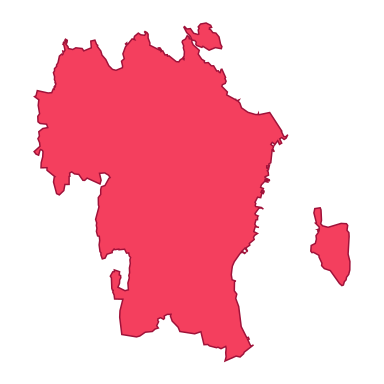 Horten nor, Vestfold, Norway (Albers equal-area conic projection)
{"feature_id": "86288312B28519776233063", "entity_name": "Horten nor", "entity_type": "district", "adm_level": 2, "iso_a3": "NOR", "parent_name": "Norway", "parent_adm1": "Vestfold", "projection": "albers", "projection_center": [10.422, 59.398], "detail": "fine", "context": "isolated", "style": "filled", "palette": "rose", "viewbox_px": 384, "rotation_deg": 0, "n_neighbors": 0, "source": "geoboundaries", "source_scale": "gbopen_adm2", "svg_char_len": 5835}
<svg xmlns="http://www.w3.org/2000/svg" viewBox="0 0 384 384"><path d="M244.2,352.2L253.5,344.9L251.1,346.2L250.1,344.8L247.7,339.5L249.1,339.1L248.3,337.3L246.8,337.8L241.2,326.6L238.7,306.5L235.7,298.4L236.8,294.1L234.3,290.8L234.5,281.3L235.9,281.1L232.1,279.8L231.3,274.8L231.9,269.4L232.4,266.1L234.3,261.7L239.7,254.0L241.0,252.4L242.4,252.8L241.2,252.1L241.7,251.4L244.5,253.5L246.2,252.2L244.6,253.0L242.0,251.2L244.9,248.2L246.9,250.9L246.7,251.9L247.4,250.9L245.9,247.9L249.8,245.2L249.3,243.5L254.2,239.5L253.5,237.2L254.6,235.4L257.5,233.5L253.8,231.6L255.2,226.7L259.0,227.4L256.4,226.7L254.8,224.2L256.0,219.8L257.5,219.7L257.6,216.7L258.2,216.0L255.5,214.8L255.0,213.5L258.9,208.2L261.3,207.9L263.4,209.1L261.4,207.5L255.6,206.5L255.2,205.3L255.8,203.5L255.0,202.3L257.6,197.2L260.7,197.7L261.9,193.0L263.2,193.6L263.7,192.6L261.0,192.2L261.7,190.4L263.7,191.3L263.9,192.2L264.1,191.1L262.6,190.4L263.4,188.5L260.6,187.4L261.4,184.8L264.7,181.4L268.7,182.3L264.8,181.1L265.0,179.9L270.1,180.8L264.7,179.7L269.8,180.0L265.0,177.7L265.1,176.7L268.5,175.2L268.2,172.0L267.3,170.8L268.4,169.9L269.2,166.4L267.3,168.4L266.7,167.9L266.7,165.9L268.8,165.9L268.9,164.0L270.8,162.7L272.1,150.1L274.3,151.7L272.8,148.9L273.6,146.5L270.8,144.4L272.2,142.4L274.7,144.0L274.1,145.6L277.7,140.7L279.5,144.4L281.7,143.1L279.7,138.8L281.7,137.6L284.1,139.5L286.1,138.2L287.8,134.7L285.9,136.7L283.8,136.5L281.4,131.5L281.8,131.1L269.7,112.5L259.2,114.7L258.5,114.6L258.4,113.5L257.9,114.6L255.4,114.5L247.9,112.3L241.5,107.8L239.9,103.2L238.1,101.2L239.0,99.9L237.0,100.7L235.6,99.8L236.0,98.7L235.5,99.7L226.7,94.9L227.4,92.0L221.8,86.3L222.4,84.7L225.2,83.4L226.1,81.2L224.9,78.4L225.6,77.5L221.9,69.2L221.1,69.4L220.2,72.6L219.4,72.5L218.3,70.8L216.7,71.0L213.6,65.8L211.3,65.8L208.3,62.6L205.0,62.9L204.2,61.9L204.5,60.9L201.7,59.2L198.2,54.1L199.3,50.3L193.2,44.9L191.9,42.1L191.8,40.0L194.9,40.6L196.2,42.2L195.8,44.2L196.8,45.5L201.9,47.4L202.9,46.3L209.1,50.2L215.4,47.6L221.3,48.7L221.9,46.6L220.6,44.3L219.0,36.9L215.9,33.1L212.8,32.6L210.5,29.5L209.4,29.3L209.5,27.8L211.6,27.4L210.7,25.3L206.1,23.0L200.6,24.0L198.2,26.9L199.1,28.2L198.2,30.0L198.8,34.1L197.9,34.5L193.6,33.2L190.4,28.6L186.9,29.0L184.6,26.6L183.9,27.2L186.7,32.6L190.3,36.2L191.7,39.2L189.2,38.7L189.2,37.3L187.2,35.7L185.5,39.0L182.6,40.7L182.1,42.1L183.7,45.9L183.3,47.8L184.4,51.6L184.1,56.1L182.8,57.9L184.1,58.3L183.9,59.6L182.4,58.5L180.2,59.8L178.8,61.9L176.2,61.6L169.1,55.9L167.5,56.1L167.3,54.7L165.0,54.9L162.7,50.8L161.1,51.5L161.3,49.7L159.9,47.8L158.6,47.9L160.6,50.6L149.8,45.2L149.9,42.9L148.1,38.0L148.1,34.2L147.0,32.6L145.0,31.5L144.6,32.0L145.7,33.8L144.6,35.3L140.8,34.8L138.3,33.1L134.5,36.3L134.0,38.2L134.8,39.7L132.1,38.9L128.1,43.9L126.8,44.8L126.7,42.9L125.5,43.9L126.6,45.4L125.4,47.0L122.9,53.9L124.3,58.7L121.5,61.2L122.6,66.0L122.4,67.7L116.0,70.3L112.5,69.4L108.8,65.7L105.8,59.5L102.0,55.1L100.8,51.0L97.4,46.5L97.7,45.3L96.6,44.5L94.9,40.1L90.8,41.1L91.3,47.8L83.8,50.9L82.1,48.5L75.8,47.8L72.8,49.5L68.4,48.5L68.0,46.7L65.8,44.0L66.9,42.8L67.3,40.3L65.5,39.2L64.9,40.2L66.1,40.5L66.2,41.5L63.7,42.1L63.4,42.8L64.2,43.0L63.0,44.3L63.9,45.1L65.0,50.1L64.2,51.6L62.8,51.1L63.2,53.7L62.6,54.7L61.7,54.1L59.4,56.1L58.0,62.7L56.5,65.1L56.7,66.3L54.5,68.6L54.5,71.0L53.4,72.6L54.6,76.8L54.4,79.6L55.2,81.3L55.0,82.8L55.8,83.2L55.7,84.7L54.3,86.7L55.1,86.9L53.9,88.4L54.1,89.3L53.2,89.1L51.7,92.7L48.1,93.0L37.3,90.6L36.0,95.8L34.5,96.6L38.8,99.8L38.2,105.4L39.6,113.8L37.8,116.3L38.0,121.8L40.1,123.5L46.6,124.2L47.8,127.6L42.8,128.5L38.8,131.7L39.4,136.1L37.9,138.7L39.6,142.7L40.0,146.3L34.1,151.6L36.0,154.1L38.6,155.2L40.0,150.3L40.8,149.5L42.5,150.5L43.0,151.8L42.7,156.9L41.2,162.7L41.0,167.8L47.0,167.7L47.0,170.3L54.9,176.7L54.3,176.9L53.5,182.0L56.6,193.6L59.3,194.9L63.8,190.6L64.9,184.5L69.1,184.4L69.1,176.4L69.9,176.2L69.6,173.1L71.7,171.9L74.5,173.9L78.8,174.4L82.9,180.3L84.7,180.4L87.1,178.1L100.0,184.0L101.1,180.3L99.5,173.3L104.7,172.9L108.6,175.2L110.1,177.6L109.0,178.2L105.0,185.5L101.4,186.8L100.7,189.5L100.7,194.4L98.3,197.6L98.4,205.0L99.0,206.7L95.6,219.4L96.7,222.9L96.3,225.5L96.9,228.2L96.4,231.4L97.6,235.9L99.3,236.3L99.7,240.5L99.1,244.9L100.0,251.7L100.9,252.7L100.9,255.0L102.3,258.9L105.1,258.1L107.0,254.2L112.2,252.6L112.1,251.3L114.1,249.0L114.8,249.7L118.9,249.1L119.0,249.8L124.6,249.2L126.5,253.1L128.7,253.0L129.3,255.9L130.6,257.5L129.9,259.8L130.3,263.6L129.4,268.0L129.6,272.9L128.8,275.5L129.3,277.9L127.9,283.0L128.4,289.8L125.0,290.7L117.9,287.2L119.5,283.4L119.7,279.9L120.8,277.8L120.6,275.5L119.2,274.9L119.6,271.7L114.3,269.9L114.4,271.6L112.8,271.8L110.3,276.2L111.4,277.8L111.8,288.4L112.4,290.1L113.2,290.3L112.8,292.1L114.1,295.0L114.6,299.0L122.9,299.2L120.0,310.7L119.7,317.2L121.8,334.5L136.5,336.9L139.8,336.0L145.3,332.2L152.3,331.5L155.2,329.0L158.3,328.0L156.7,325.7L158.6,321.7L157.7,320.4L158.0,318.8L160.5,317.7L163.6,319.3L164.5,318.1L164.2,316.1L167.1,314.4L171.0,314.3L170.4,316.0L172.2,321.1L178.1,327.2L179.9,331.5L194.7,333.8L200.9,331.7L204.0,344.7L207.8,344.5L209.5,345.9L216.5,347.7L218.0,347.2L221.0,348.7L225.7,346.4L226.2,348.5L225.7,352.7L226.1,356.9L225.0,361.0L236.1,356.1L240.1,357.0L243.6,353.8L244.2,352.2ZM320.2,207.8L314.8,208.6L313.9,212.9L316.4,222.8L315.4,223.1L319.1,226.9L319.3,228.8L317.7,229.5L319.0,229.7L319.1,230.8L317.2,231.0L318.2,231.2L318.4,232.3L316.0,235.7L316.4,239.1L315.3,243.4L311.2,245.5L310.8,251.1L311.9,252.6L313.6,252.4L318.9,255.3L319.1,257.2L321.9,263.2L321.6,265.6L324.3,268.6L330.3,270.6L339.5,283.5L341.9,285.6L343.4,285.0L344.3,281.8L346.1,279.8L346.5,277.3L348.7,274.4L349.8,270.0L349.9,261.5L348.1,254.1L349.1,236.5L348.9,232.7L347.0,230.3L347.7,225.4L346.4,223.7L341.1,223.4L328.1,227.3L322.5,225.8L320.7,223.7L321.5,220.4L321.0,209.9L320.2,207.8Z" fill="#f43f5e" stroke="#9f1239" stroke-width="1.5"/></svg>